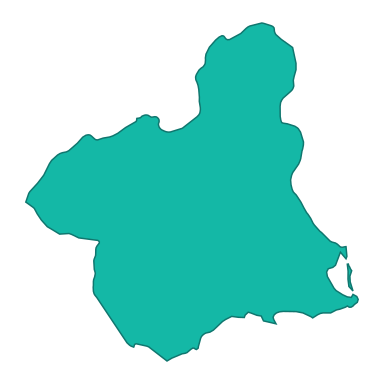 Murcia, Robinson projection
{"feature_id": "ESP-5836", "entity_name": "Murcia", "entity_type": "Autonomous Community", "adm_level": 1, "iso_a3": "ESP", "parent_name": "Spain", "parent_adm1": "", "projection": "robinson", "projection_center": [-1.387, 38.068], "detail": "fine", "context": "isolated", "style": "filled", "palette": "teal", "viewbox_px": 384, "rotation_deg": 0, "n_neighbors": 0, "source": "natural_earth", "source_scale": "10m", "svg_char_len": 3602}
<svg xmlns="http://www.w3.org/2000/svg" viewBox="0 0 384 384"><path d="M346.0,246.6L346.9,256.4L346.0,258.8L340.4,252.2L335.5,265.2L332.8,267.4L328.3,268.7L326.6,272.0L327.4,276.6L334.0,288.2L336.1,290.6L342.6,294.7L347.3,296.9L351.3,297.4L353.0,294.4L356.8,296.5L358.2,299.4L357.3,302.3L354.4,304.5L352.8,306.2L351.0,307.2L349.2,307.2L347.4,306.0L345.4,307.2L339.8,309.2L336.5,309.9L330.7,312.9L323.1,312.9L320.5,313.4L317.7,314.7L312.7,317.9L311.0,316.7L302.9,312.9L296.2,311.6L283.3,311.4L279.6,311.8L276.5,312.9L274.2,314.8L273.1,317.2L273.7,319.5L276.0,323.8L269.6,322.3L263.5,320.9L262.2,318.1L261.2,316.0L256.9,315.3L250.9,313.0L248.2,312.2L245.1,315.2L244.3,317.5L238.6,317.3L231.7,316.4L225.7,319.4L222.5,321.5L213.4,330.1L210.0,332.1L206.0,333.0L204.9,333.5L203.3,334.6L201.8,336.1L201.1,337.2L200.6,338.4L198.4,346.5L198.2,348.1L196.5,349.5L195.3,349.1L194.2,348.2L192.8,348.1L191.0,349.2L187.0,352.6L185.1,353.3L182.1,353.8L171.7,358.2L167.0,361.0L148.6,346.8L146.7,346.1L136.3,343.8L135.3,344.0L134.4,344.9L134.1,346.1L133.7,347.1L132.6,346.7L131.0,346.1L129.5,345.1L127.0,342.8L96.8,297.5L95.0,295.3L94.1,293.8L93.4,291.3L93.2,287.2L93.4,285.3L93.4,281.3L93.7,279.5L94.6,277.0L95.3,273.7L95.1,272.1L94.3,269.5L93.8,260.8L94.1,259.3L95.6,255.5L95.7,253.9L95.8,249.5L96.1,247.7L97.0,246.0L99.3,243.0L99.3,241.6L97.9,240.4L78.8,237.9L71.6,234.4L69.0,233.5L59.6,234.1L51.9,229.4L47.3,226.7L41.4,220.1L37.3,214.0L34.6,209.0L34.5,208.7L34.4,208.5L32.8,207.1L25.8,202.1L28.8,193.3L29.9,191.6L37.6,183.2L43.8,175.1L49.5,163.6L51.6,160.4L57.6,155.0L60.1,153.5L62.4,152.7L66.4,151.9L68.8,150.7L77.4,143.2L82.7,137.2L86.0,135.2L88.2,134.8L89.9,135.0L91.4,136.0L94.9,139.2L96.1,139.8L97.7,139.9L103.1,138.1L109.6,137.0L112.8,135.9L117.8,133.3L125.5,127.6L136.1,121.5L136.7,120.1L136.7,118.8L137.0,118.3L137.9,118.3L140.5,117.7L141.8,116.3L143.3,115.6L145.2,115.0L146.7,115.0L148.1,115.3L150.4,116.7L151.6,117.2L154.9,116.7L156.3,116.9L157.3,117.5L158.2,118.4L158.9,119.4L159.1,120.6L159.1,121.9L158.6,123.1L158.4,124.5L158.7,125.8L159.1,127.0L159.9,128.2L160.8,129.2L162.0,130.0L164.6,131.2L166.3,131.8L168.3,132.1L170.3,132.0L182.3,128.3L197.0,116.8L198.9,114.8L199.8,113.1L200.2,111.2L200.4,109.3L200.3,107.4L199.3,101.4L199.4,97.3L198.8,89.6L198.1,85.6L197.0,82.3L196.3,80.8L195.9,79.8L195.7,78.4L195.6,77.0L196.0,75.6L196.5,74.3L199.0,70.1L200.8,68.4L203.1,66.8L204.3,65.2L205.2,63.5L205.5,59.8L205.4,57.9L206.0,54.1L209.4,47.2L215.6,40.1L219.1,37.1L222.0,35.7L223.6,36.0L224.7,37.2L225.7,38.7L227.3,39.7L229.5,39.6L240.8,33.5L246.0,28.5L247.9,27.0L249.9,26.0L261.8,23.0L263.8,23.4L271.1,25.7L272.8,26.5L274.0,27.8L274.3,29.5L274.4,31.3L275.0,33.0L275.8,34.5L281.3,39.4L292.6,47.5L296.0,63.3L296.0,69.7L294.1,76.5L293.3,80.3L293.8,86.0L293.2,87.9L292.3,89.7L290.9,91.2L283.2,98.0L281.9,99.8L280.6,102.5L280.1,106.3L280.2,116.4L280.8,120.2L281.7,122.6L283.4,123.2L287.3,123.8L294.8,126.2L297.3,127.8L298.3,128.7L300.5,132.1L303.5,142.0L303.4,145.0L302.6,149.1L302.0,150.9L300.7,158.7L300.1,160.6L298.6,164.1L292.7,172.6L291.6,175.3L290.6,179.9L291.0,184.7L292.1,189.2L293.2,191.8L294.6,193.4L295.9,194.6L296.7,195.7L300.9,202.1L304.2,208.5L304.3,208.6L306.5,212.5L307.9,214.2L310.7,218.4L313.0,223.1L314.3,225.0L319.9,231.3L321.5,232.5L330.1,241.1L331.8,242.0L335.4,243.0L337.1,244.0L338.6,245.3L339.7,246.4L340.6,247.0L342.1,247.3L345.9,246.6L346.0,246.6ZM351.7,270.7L349.9,276.2L350.2,281.9L353.0,291.0L348.9,286.5L348.0,279.2L348.1,271.1L347.3,264.2L348.3,264.0L348.5,264.5L348.5,265.1L348.8,265.7L349.5,266.7L350.7,269.3L351.7,270.7Z" fill="#14b8a6" stroke="#0f766e" stroke-width="1.5"/></svg>